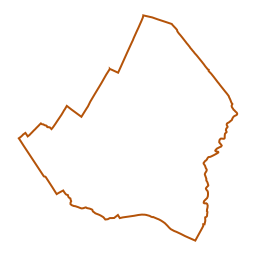 the district of Maracineni, Buzau, Romania
{"feature_id": "2599482B67036070317980", "entity_name": "Maracineni", "entity_type": "district", "adm_level": 2, "iso_a3": "ROU", "parent_name": "Romania", "parent_adm1": "Buzau", "projection": "albers", "projection_center": [26.812, 45.202], "detail": "fine", "context": "isolated", "style": "outline", "palette": "amber", "viewbox_px": 256, "rotation_deg": 0, "n_neighbors": 0, "source": "geoboundaries", "source_scale": "gbopen_adm2", "svg_char_len": 4908}
<svg xmlns="http://www.w3.org/2000/svg" viewBox="0 0 256 256"><path d="M195.3,240.6L197.1,237.3L199.4,233.1L201.6,229.1L203.2,226.1L203.2,224.2L203.8,224.2L204.5,224.3L205.3,220.8L205.2,218.7L205.2,217.4L205.7,217.2L206.6,216.6L207.0,216.0L207.1,215.2L207.1,214.5L207.4,212.4L207.3,211.5L206.9,211.2L207.0,209.6L207.5,207.6L207.7,205.6L207.2,204.0L206.3,203.3L204.9,203.4L204.1,203.2L203.7,202.8L203.8,202.0L204.1,201.1L205.3,199.8L207.1,198.1L207.8,196.4L208.0,194.6L208.0,192.9L207.7,191.3L206.5,189.8L206.0,189.0L205.9,188.5L206.0,188.2L206.3,187.7L207.0,186.9L207.8,186.1L208.2,185.7L208.3,185.2L208.1,184.6L207.8,183.6L207.5,182.5L206.9,181.3L206.4,180.7L206.3,180.2L206.3,179.4L206.4,179.0L205.8,177.2L204.9,174.7L204.8,174.2L205.0,173.6L205.3,172.9L206.2,171.5L206.6,170.7L206.7,170.0L206.7,169.6L206.3,168.8L206.0,168.4L205.8,168.0L205.7,167.7L205.0,165.7L204.6,165.1L204.2,164.4L203.7,163.8L203.6,163.5L203.6,163.2L203.7,162.8L204.2,162.2L204.9,161.3L205.3,160.8L205.8,160.6L206.2,160.2L206.8,159.6L207.1,159.1L207.2,158.7L208.0,157.5L208.8,157.0L210.1,156.9L211.5,156.3L213.9,155.1L216.5,153.7L217.5,153.1L218.3,152.5L218.3,152.1L218.1,151.8L216.7,151.5L215.6,151.2L215.3,150.5L215.7,149.9L216.9,148.6L219.6,147.2L221.2,146.5L221.7,145.5L221.1,144.6L219.9,143.2L219.2,142.2L219.3,141.3L219.5,140.1L220.1,139.2L220.9,138.6L222.0,138.6L223.3,138.8L224.3,138.6L224.7,138.0L224.7,136.4L224.8,134.9L225.0,133.7L225.5,133.1L226.4,132.4L226.6,132.0L226.5,131.5L226.2,131.0L225.9,130.1L226.1,129.3L226.3,128.5L226.9,127.9L227.3,127.4L227.6,126.9L227.5,126.4L227.1,125.8L226.8,125.2L226.7,124.4L226.9,123.7L227.5,123.1L228.5,122.6L229.3,122.1L229.8,121.7L230.3,121.2L231.5,120.3L232.1,119.6L232.1,119.1L232.6,118.1L233.4,116.9L233.9,116.4L234.7,115.9L235.6,115.5L236.7,114.9L237.1,114.2L237.2,113.9L237.1,113.4L236.9,113.0L236.7,112.6L236.3,112.3L235.8,111.8L235.1,111.2L234.5,110.4L233.8,109.9L233.4,109.5L233.2,109.0L232.2,107.6L231.8,106.8L231.7,106.5L231.7,106.3L231.7,105.6L231.7,105.4L231.9,105.0L232.1,104.6L232.2,104.3L232.4,104.0L232.1,103.6L231.7,103.1L231.2,102.1L230.5,100.2L229.9,98.8L229.2,97.4L228.6,95.8L228.4,95.6L226.9,93.6L225.0,91.3L219.5,84.4L219.2,83.9L217.7,82.1L213.9,77.1L211.1,73.6L209.7,72.2L209.1,71.5L208.7,71.1L208.6,70.8L208.7,69.8L207.8,69.4L206.1,67.3L205.9,67.1L205.5,66.6L204.6,65.4L204.0,64.5L202.8,63.0L202.2,62.2L198.3,57.4L198.0,57.0L196.6,55.3L194.6,53.1L193.8,52.0L192.4,50.4L191.3,49.0L190.3,47.9L189.7,46.9L187.3,43.9L186.8,43.4L186.6,43.1L186.1,42.4L185.7,41.9L184.6,40.5L182.5,37.8L180.4,35.2L178.9,33.5L177.8,32.0L177.3,31.2L177.2,30.8L177.1,30.1L176.9,29.8L176.6,29.4L175.2,27.8L174.1,26.7L173.4,25.9L172.6,25.1L172.1,24.4L171.8,24.0L171.2,23.8L165.5,21.9L157.3,19.2L152.2,17.4L143.3,15.4L143.3,15.8L142.9,17.1L142.9,17.4L141.2,21.5L140.2,23.7L138.5,27.6L136.9,31.0L133.7,38.1L132.8,40.4L132.2,41.6L127.2,52.5L120.2,68.1L118.1,72.7L111.6,69.7L109.9,69.0L109.8,68.9L109.8,69.0L106.1,74.8L106.0,75.0L101.4,83.1L100.2,85.1L97.6,89.4L94.7,94.2L90.3,101.6L88.5,105.3L87.9,106.5L86.7,108.3L85.2,110.7L81.4,116.8L71.3,109.4L66.8,105.9L64.7,109.5L64.0,110.4L63.8,110.8L63.2,111.9L61.4,114.9L57.2,121.1L55.7,123.4L53.7,126.3L52.9,127.4L52.6,127.8L51.5,129.1L51.3,128.9L50.6,128.2L50.3,127.8L49.8,127.4L49.7,127.4L49.2,127.3L48.7,127.1L48.4,127.2L48.0,127.2L47.7,127.2L47.2,127.0L46.8,126.0L46.6,125.8L46.3,125.6L45.8,125.5L45.7,125.5L45.6,125.4L45.3,125.4L44.7,125.2L44.4,125.1L44.0,124.8L43.5,124.4L42.2,124.3L41.6,124.0L40.9,123.4L39.4,124.8L39.2,125.1L39.0,125.3L38.6,125.7L38.4,125.9L38.0,126.3L37.6,126.7L37.4,126.9L36.7,127.6L36.1,128.2L35.1,129.3L34.0,130.3L31.8,132.6L30.5,133.9L29.7,134.8L29.2,135.2L29.0,135.4L27.7,136.4L27.1,135.4L25.4,132.9L25.1,133.1L24.9,133.3L22.9,134.7L22.6,135.2L21.5,136.2L20.5,137.1L20.1,137.4L19.7,137.6L19.1,138.1L18.8,138.3L19.7,139.6L23.6,145.7L35.1,163.1L43.8,176.3L44.1,176.5L45.1,176.6L45.7,177.0L48.3,181.0L51.6,186.1L52.0,186.7L55.9,192.9L56.7,194.1L57.8,193.4L59.6,192.4L63.2,190.5L64.0,191.8L65.3,193.6L65.8,194.2L66.5,194.7L67.8,195.0L67.9,195.3L68.3,196.6L68.6,197.2L69.0,197.6L70.4,198.5L70.6,199.7L71.2,201.2L70.5,202.7L70.5,204.1L71.6,205.1L73.8,206.0L75.3,206.2L78.3,207.2L79.5,207.7L80.6,208.1L81.5,208.4L82.1,208.4L82.6,208.3L83.3,208.2L85.3,207.5L85.8,207.4L86.1,207.5L86.6,207.9L87.5,208.2L89.6,208.6L91.7,209.4L92.3,209.8L92.8,211.2L93.3,211.8L94.3,212.4L95.3,213.3L97.4,214.1L98.7,214.6L100.6,215.5L103.4,217.2L105.3,219.5L107.8,219.2L109.8,218.1L114.1,218.0L117.9,215.0L119.8,218.1L122.8,217.4L125.6,217.0L134.0,215.8L136.7,215.3L138.3,215.0L141.8,214.6L144.6,214.7L146.1,214.9L149.7,215.9L150.9,216.6L152.3,217.1L152.5,217.1L153.2,217.0L153.6,217.2L157.1,218.7L158.9,219.4L161.1,220.6L163.1,221.9L164.8,223.1L165.8,224.1L167.5,225.8L169.0,227.5L170.6,229.0L170.9,229.2L171.8,229.7L174.2,231.0L176.3,231.8L181.0,234.0L185.1,236.1L193.0,239.6L195.3,240.6Z" fill="none" stroke="#b45309" stroke-width="2"/></svg>